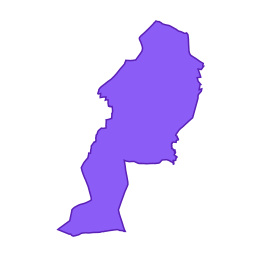 the district of Huai Rat, Buri Ram, Thailand, rotated 172°
{"feature_id": "78962969B72247490671236", "entity_name": "Huai Rat", "entity_type": "district", "adm_level": 2, "iso_a3": "THA", "parent_name": "Thailand", "parent_adm1": "Buri Ram", "projection": "orthographic", "projection_center": [103.226, 15.006], "detail": "fine", "context": "isolated", "style": "filled", "palette": "violet", "viewbox_px": 256, "rotation_deg": 172, "n_neighbors": 0, "source": "geoboundaries", "source_scale": "gbopen_adm2", "svg_char_len": 5409}
<svg xmlns="http://www.w3.org/2000/svg" viewBox="0 0 256 256"><g transform="rotate(172 128 128)"><path d="M88.0,85.3L87.9,85.8L87.6,86.1L87.5,86.5L87.5,86.9L87.6,87.4L87.5,87.9L87.4,89.0L87.5,89.1L87.8,89.2L87.8,89.4L87.8,89.5L87.6,89.6L86.8,89.5L86.5,89.3L85.7,89.3L85.3,89.4L85.1,89.9L85.1,90.0L85.1,90.3L85.1,90.5L84.7,90.9L84.6,91.1L84.5,91.4L84.6,91.8L84.3,92.2L83.6,92.2L83.5,92.4L83.6,92.6L83.8,93.0L84.1,93.2L84.6,93.5L85.1,94.1L85.4,94.4L85.8,94.7L86.0,94.9L86.0,95.0L85.8,95.6L85.6,95.8L85.4,96.2L84.9,96.3L84.5,96.8L84.4,97.1L84.4,97.8L84.6,97.9L85.1,97.4L85.3,97.5L85.3,97.8L85.2,97.9L85.0,98.1L84.9,98.3L84.9,98.8L84.6,98.9L84.6,99.1L84.5,99.6L84.6,99.8L84.9,99.8L85.1,99.7L85.4,99.3L85.6,99.3L86.0,99.4L86.1,99.6L86.0,99.8L85.7,99.9L85.7,100.0L85.8,100.1L86.0,100.1L86.2,100.6L86.6,101.2L86.8,101.3L87.4,101.5L87.6,101.6L87.6,101.8L87.2,102.3L87.1,102.5L87.2,103.1L87.4,103.5L87.5,103.9L87.5,104.0L87.4,104.1L87.1,104.2L87.0,104.3L87.1,105.1L87.1,105.5L87.1,106.3L86.6,106.4L86.5,106.5L86.4,106.6L86.2,107.5L85.7,107.7L84.9,107.7L84.2,107.5L83.8,107.5L82.8,107.2L82.4,107.1L81.9,108.8L81.7,109.0L81.3,109.1L79.8,109.3L79.7,109.8L79.9,110.7L80.0,110.8L80.3,110.9L80.3,111.6L80.5,111.6L80.7,111.9L80.5,112.8L80.6,113.1L80.8,113.3L81.3,113.5L81.8,114.0L81.2,115.1L79.5,117.0L77.9,118.7L76.0,120.2L73.8,121.5L66.3,126.7L62.6,129.1L54.6,147.6L54.1,150.4L53.8,151.0L53.4,151.5L50.5,154.0L50.1,154.7L49.5,156.5L52.2,156.0L50.6,161.0L50.0,161.0L49.9,161.0L52.0,164.5L52.5,168.2L48.9,168.2L49.0,169.2L50.4,176.6L47.3,175.7L44.4,178.7L45.2,179.0L45.3,179.2L45.2,179.5L45.0,180.1L44.9,180.5L44.5,181.2L44.5,181.4L44.5,181.5L46.2,182.8L47.4,183.8L50.7,186.9L54.9,190.5L55.5,191.0L56.1,191.9L56.4,192.6L56.7,193.5L56.9,195.9L56.4,201.9L55.8,207.9L55.7,211.3L55.7,212.1L56.1,212.9L56.3,213.2L56.5,213.3L56.7,213.9L57.0,213.7L57.1,213.8L58.7,213.9L59.2,214.0L59.3,214.0L59.9,214.6L61.5,215.6L62.6,216.2L64.3,216.9L65.6,218.0L66.3,218.8L71.7,222.9L73.1,223.8L76.8,225.1L77.9,225.6L78.9,226.1L79.2,226.3L80.0,226.9L80.4,227.5L81.7,228.5L82.3,229.0L83.7,229.2L84.0,229.3L84.8,229.8L85.1,229.9L85.7,230.0L87.1,228.5L87.3,228.4L87.5,228.5L88.6,227.4L92.6,224.3L98.5,220.0L100.6,218.6L101.9,217.8L103.4,216.6L103.9,216.0L104.3,215.4L104.3,214.7L104.2,213.8L103.3,210.8L102.5,206.6L102.5,204.8L102.9,203.6L103.5,202.2L104.1,201.5L105.1,200.3L110.5,194.7L110.9,194.3L111.1,194.4L111.8,194.3L113.0,194.3L113.6,194.3L113.8,194.2L114.0,194.2L115.1,194.4L116.2,194.4L118.5,194.9L120.8,195.3L121.1,194.3L121.2,194.1L121.8,193.5L122.4,192.0L122.6,191.8L124.6,190.0L127.3,187.7L131.8,183.4L134.9,180.8L135.8,180.2L136.8,179.4L137.9,178.6L140.9,177.1L143.2,175.8L145.0,174.7L148.2,172.9L149.3,172.2L150.4,171.3L151.4,170.2L151.5,169.9L152.0,168.5L152.4,167.8L153.1,166.2L152.8,166.0L152.3,165.8L151.7,165.8L150.6,165.8L150.3,165.9L150.4,165.0L151.2,163.0L151.3,162.0L149.6,162.0L148.3,162.1L147.7,162.0L146.6,161.9L146.1,161.8L145.4,161.6L145.9,160.5L146.6,158.7L145.4,158.9L145.1,158.9L144.8,158.8L143.9,158.7L144.0,157.4L144.0,156.3L144.3,155.8L144.3,155.6L144.3,154.6L144.2,152.3L143.0,152.3L142.9,151.6L141.8,151.5L141.7,151.4L140.8,151.5L140.7,150.4L140.9,146.8L141.3,145.5L141.5,145.0L141.8,144.5L142.0,144.5L142.2,142.6L142.4,141.9L142.6,141.1L142.9,139.7L143.7,139.7L144.4,139.5L146.4,139.2L147.7,139.1L148.5,139.1L148.5,138.9L148.7,137.1L148.9,136.3L149.2,134.7L149.5,133.3L149.6,131.8L149.8,131.1L151.9,131.1L152.6,131.1L154.0,131.4L154.5,131.6L156.1,130.5L157.4,129.7L158.1,129.0L158.7,128.0L159.3,126.6L159.6,126.2L160.0,125.9L160.2,125.7L160.3,125.3L160.5,125.3L160.7,124.4L160.7,124.0L160.7,123.9L160.8,123.8L161.1,123.4L161.3,122.2L161.4,121.8L161.3,120.9L161.8,119.3L161.9,118.9L163.0,118.9L163.5,118.8L163.5,118.4L163.9,118.2L164.1,118.2L165.2,117.0L166.8,115.4L167.0,114.5L167.2,113.2L167.8,111.8L168.2,110.2L168.7,108.3L170.4,108.6L170.8,106.9L171.9,104.0L174.2,102.0L176.4,99.9L176.9,99.3L179.1,96.2L179.8,95.2L179.6,93.4L179.5,92.0L178.7,88.0L177.9,84.7L177.3,82.8L175.6,75.8L174.5,67.0L174.2,64.7L174.3,61.9L176.2,61.0L179.7,59.9L181.4,59.5L183.3,59.2L185.9,58.9L188.0,58.4L191.7,57.0L193.6,55.9L194.9,54.8L195.6,52.6L198.6,44.3L208.1,39.2L210.7,37.8L211.6,37.2L201.9,31.6L201.4,31.2L200.9,31.1L199.5,30.9L199.4,30.7L199.2,30.3L198.9,29.9L198.7,29.5L198.1,29.2L197.8,28.9L197.6,28.8L197.5,28.7L197.2,28.6L196.9,28.6L196.4,28.7L195.8,28.6L191.4,29.2L189.3,30.1L187.7,30.3L187.3,30.3L185.8,30.2L185.0,30.2L183.8,30.0L181.8,29.6L180.5,29.5L177.2,29.4L171.0,28.7L169.6,28.8L168.3,29.0L167.8,29.0L166.8,28.8L166.5,28.8L165.8,28.9L164.7,29.0L163.7,28.9L161.5,29.0L157.6,29.0L155.1,29.0L152.2,28.8L151.2,28.2L150.8,27.9L150.7,27.8L147.7,27.1L147.4,27.0L146.9,26.6L146.3,26.2L145.9,26.1L145.1,26.0L145.7,27.8L146.4,31.3L146.8,34.2L148.5,43.7L148.9,48.2L145.3,55.3L139.8,65.7L138.3,68.0L136.9,70.4L136.0,71.9L135.7,74.5L135.9,80.7L136.1,84.1L136.2,86.7L136.1,90.6L136.2,96.5L134.4,95.5L132.1,94.7L130.7,94.4L128.2,94.3L127.9,94.2L127.3,94.1L126.6,94.0L126.3,93.9L125.8,93.6L123.6,92.1L122.2,91.4L121.2,91.2L119.1,90.9L117.3,90.6L115.0,90.1L114.3,90.0L113.2,89.9L112.7,89.9L107.7,89.4L107.0,89.2L106.4,89.1L102.9,89.0L101.9,89.1L101.4,89.3L99.0,91.4L98.5,91.5L97.9,91.6L97.4,91.5L94.7,91.3L93.9,91.2L92.3,90.3L91.3,89.8L91.1,89.7L90.8,89.1L90.2,88.8L90.0,88.6L89.8,88.5L89.5,88.3L89.1,88.1L88.5,87.3L88.2,87.1L88.1,86.9L88.0,86.6L88.1,85.7L88.0,85.3Z" fill="#8b5cf6" stroke="#5b21b6" stroke-width="1.5"/></g></svg>